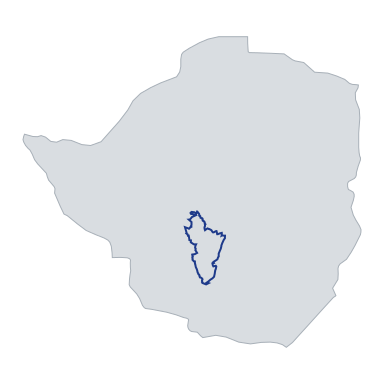 Insiza, Matabeleland South, Zimbabwe shown in context
{"feature_id": "62879985B6112756891378", "entity_name": "Insiza", "entity_type": "district", "adm_level": 2, "iso_a3": "ZWE", "parent_name": "Zimbabwe", "parent_adm1": "Matabeleland South", "projection": "mercator", "projection_center": [29.319, -20.268], "detail": "fine", "context": "in_parent", "style": "outline", "palette": "blue", "viewbox_px": 384, "rotation_deg": 0, "n_neighbors": 0, "source": "geoboundaries", "source_scale": "gbopen_adm2", "svg_char_len": 6144}
<svg xmlns="http://www.w3.org/2000/svg" viewBox="0 0 384 384"><path d="M286.3,347.3L282.4,344.6L277.0,342.9L270.2,342.1L261.3,342.4L250.4,343.9L238.7,342.1L226.2,337.1L215.8,335.3L203.4,337.5L202.8,337.6L200.7,335.9L197.3,332.2L191.6,331.5L190.1,330.7L188.8,329.3L188.0,327.6L187.7,325.7L188.6,319.6L188.1,319.0L186.6,318.2L183.5,317.5L176.0,314.8L166.7,312.2L151.5,309.3L145.6,308.5L144.2,307.6L142.5,305.4L139.6,298.5L136.8,294.0L130.3,287.0L129.2,284.8L129.5,279.2L130.0,274.8L130.7,270.9L130.4,267.4L130.3,263.0L130.5,260.0L129.6,258.7L127.3,257.8L120.5,257.4L112.3,257.6L112.1,253.1L111.3,246.2L109.8,242.2L107.9,240.1L104.1,238.0L96.5,235.0L86.2,230.5L77.3,223.8L67.2,215.6L64.0,214.1L60.3,206.4L54.6,193.1L55.0,188.7L54.1,186.6L48.6,180.1L47.3,176.7L46.4,173.3L37.6,163.8L34.6,159.7L32.3,154.3L30.0,150.1L28.1,148.4L25.6,145.5L23.8,142.2L23.0,139.7L23.7,136.4L24.5,134.2L32.9,136.5L37.5,136.7L41.1,135.6L45.5,137.1L50.8,141.4L56.6,142.2L62.8,139.6L71.2,140.4L81.8,144.6L90.6,145.5L101.1,141.7L110.4,131.2L119.2,121.3L127.8,110.0L133.0,100.8L140.6,93.4L150.7,87.6L160.9,82.8L176.6,76.8L179.7,72.0L180.8,66.6L180.8,59.2L181.6,54.4L183.2,52.2L185.8,50.5L189.2,48.3L199.5,42.7L208.1,39.1L218.7,36.7L230.2,36.7L241.3,36.7L247.6,36.7L247.7,43.8L248.2,51.8L249.4,52.6L257.8,52.8L271.2,53.3L284.1,53.9L292.3,59.7L295.1,60.9L303.7,62.5L314.6,72.2L327.8,73.1L336.9,76.1L344.9,79.5L349.5,83.4L352.4,84.4L356.5,84.7L358.4,85.0L358.0,87.9L355.3,92.8L355.6,99.8L359.3,109.5L359.8,118.0L358.7,132.9L358.7,147.4L359.1,152.6L359.7,156.0L360.5,157.9L360.4,160.0L358.2,166.1L356.4,172.5L356.3,175.1L355.7,176.9L354.3,178.5L348.6,181.5L347.6,183.3L347.6,186.7L348.4,189.5L350.5,190.5L353.1,192.1L354.1,194.2L354.2,196.4L353.3,200.5L351.0,207.3L353.3,215.1L355.9,220.1L359.5,226.0L361.0,229.6L360.9,232.2L360.4,234.7L355.0,245.5L351.2,252.2L346.5,259.3L340.2,263.8L338.6,266.0L338.0,268.5L338.2,273.8L337.9,279.5L332.6,288.2L335.9,295.6L335.2,296.3L333.4,297.4L325.7,305.8L318.0,314.3L312.3,320.6L305.9,327.7L298.6,335.7L292.5,342.5L286.3,347.3Z" fill="#d9dde1" stroke="#a8b0b8" stroke-width="1"/><path d="M186.3,233.4L186.9,233.9L187.0,233.9L187.6,234.3L187.8,235.3L187.9,235.7L188.7,235.6L189.1,237.7L189.4,240.1L190.6,240.4L190.9,240.4L190.8,242.3L193.8,244.3L196.1,244.3L195.4,245.8L195.2,247.0L195.1,247.8L195.7,248.7L195.4,250.3L195.6,250.5L196.2,251.5L197.1,252.9L194.7,254.2L192.3,254.5L192.3,254.8L192.2,254.9L192.3,255.1L192.5,255.0L192.5,255.3L192.5,255.8L192.7,256.1L192.8,256.3L192.8,256.5L192.6,256.7L192.5,256.8L192.6,257.1L192.5,257.4L192.4,257.5L192.5,257.7L192.5,257.8L192.4,257.9L192.4,258.1L192.5,258.3L192.6,258.5L192.6,259.0L192.6,259.4L192.5,259.6L192.5,259.8L192.9,260.1L193.3,260.7L193.7,261.2L193.9,261.2L194.9,261.4L194.9,261.7L194.9,261.8L194.9,262.1L194.8,262.4L194.9,263.0L195.0,263.1L195.1,263.5L195.0,263.9L195.3,264.5L195.4,264.9L195.4,265.2L195.5,265.6L195.6,265.9L195.6,266.2L195.7,266.5L195.8,267.1L196.0,267.5L196.2,267.9L196.4,268.4L196.5,268.7L196.7,268.9L197.2,270.5L197.4,271.1L197.4,271.8L197.7,272.3L197.8,272.8L198.1,273.2L198.2,273.3L198.2,273.5L198.2,273.8L198.4,274.0L198.7,274.3L198.7,274.5L198.8,274.7L199.2,275.0L199.3,275.0L199.6,275.8L199.6,276.0L199.5,276.3L199.6,276.5L199.7,276.8L199.9,277.2L199.9,277.3L200.0,277.4L200.1,277.5L200.3,277.5L200.5,277.4L200.8,277.6L201.1,277.7L201.5,278.0L201.9,278.4L202.2,278.6L202.2,278.8L202.3,278.8L202.4,279.2L202.5,279.4L202.4,279.6L202.3,280.0L202.1,280.3L202.0,280.5L202.0,280.8L202.2,281.7L202.2,281.8L202.0,282.1L202.1,282.3L202.5,282.5L202.5,283.0L206.1,284.4L208.1,283.4L208.4,283.2L208.6,283.1L206.9,282.5L207.9,281.8L208.2,281.6L210.5,279.6L212.4,278.4L214.1,276.7L214.3,275.5L214.5,274.8L214.7,273.8L214.9,272.6L214.9,272.1L215.1,271.4L215.2,270.4L215.3,270.2L215.6,269.4L215.8,269.0L215.9,268.4L216.3,266.5L216.2,266.3L216.0,266.1L215.8,265.8L215.7,265.8L215.4,265.8L214.9,266.0L214.1,266.2L213.4,266.4L213.2,266.0L212.9,265.6L212.4,263.4L213.2,263.2L213.9,263.0L213.5,262.3L213.3,262.1L213.6,261.8L216.0,260.3L217.4,259.3L217.7,258.5L218.0,257.4L218.7,256.5L218.7,256.1L218.7,255.5L218.7,253.6L219.2,252.4L219.6,251.4L219.8,250.9L220.2,250.0L220.8,248.6L221.2,246.9L221.3,246.7L221.4,245.4L221.8,244.4L221.9,244.1L222.4,242.8L223.2,241.1L223.5,240.3L223.9,239.7L224.2,239.2L224.9,238.3L224.9,238.0L225.0,235.7L224.9,235.7L224.6,235.7L223.8,235.6L223.3,235.6L223.0,235.5L222.6,235.5L222.1,235.4L221.7,235.6L221.8,235.3L221.7,234.7L221.8,234.3L221.8,233.3L221.6,233.3L221.6,232.9L219.7,233.4L218.1,234.1L217.9,234.2L217.4,234.2L217.2,234.2L216.8,232.2L216.5,231.1L215.8,231.2L215.4,231.4L213.8,232.3L213.3,232.4L213.0,232.4L212.3,231.7L211.4,230.2L210.6,229.7L210.1,229.5L209.5,229.1L208.8,229.0L207.5,228.4L206.3,229.2L205.0,230.2L204.8,229.7L204.5,228.2L204.5,227.6L204.5,227.1L204.9,226.5L204.9,226.3L205.0,225.4L205.0,224.9L205.1,224.7L205.3,224.3L205.4,224.2L205.2,224.0L205.1,223.9L205.0,224.0L204.9,224.0L204.8,223.9L205.0,223.6L204.9,223.4L204.9,223.2L204.8,222.9L204.7,222.9L204.6,222.6L204.5,222.4L204.6,222.2L204.5,221.9L204.4,221.8L204.4,221.7L204.2,221.4L203.9,221.3L203.8,221.2L203.4,221.1L203.2,220.9L203.1,220.7L202.8,220.7L202.7,220.6L202.7,220.4L202.6,220.2L202.6,219.9L202.6,219.6L202.5,219.4L202.5,219.1L202.4,219.0L202.5,218.9L202.4,218.8L202.3,218.7L202.1,218.5L202.1,218.4L201.9,218.4L201.8,218.2L201.6,218.2L201.4,218.1L201.0,217.8L200.9,217.8L200.7,217.8L200.7,217.7L200.7,217.4L200.6,217.2L200.4,217.1L200.4,216.9L200.1,216.5L199.9,216.3L199.8,216.2L200.0,215.9L199.9,215.8L199.8,215.7L199.7,215.6L199.4,215.5L199.3,215.4L199.2,215.4L199.2,215.1L199.2,214.8L199.2,214.7L199.2,214.2L199.1,213.9L198.9,213.6L198.7,213.4L198.6,213.2L198.4,213.0L198.2,212.9L198.1,212.6L197.7,212.3L197.6,212.2L197.6,211.9L197.4,211.6L197.1,211.5L196.3,213.7L194.5,212.3L191.6,211.9L191.4,212.0L191.3,212.3L191.2,212.4L190.9,212.7L190.6,212.8L190.6,213.3L191.1,214.0L192.5,214.0L195.5,215.4L192.0,217.0L190.0,219.5L188.8,219.6L191.5,222.0L191.5,225.1L190.7,226.5L191.2,226.9L190.1,227.6L189.0,228.7L188.9,228.6L187.0,227.9L186.9,227.9L185.0,227.2L186.6,232.8L186.4,233.1L186.4,233.3L186.3,233.4Z" fill="none" stroke="#1e3a8a" stroke-width="2"/></svg>